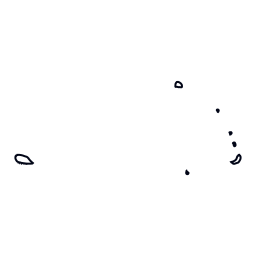 Sapwuafik, Federated States of Micronesia (Mercator projection)
{"feature_id": "79324940B43236606250005", "entity_name": "Sapwuafik", "entity_type": "district", "adm_level": 2, "iso_a3": "FSM", "parent_name": "Federated States of Micronesia", "parent_adm1": "", "projection": "mercator", "projection_center": [157.28, 5.815], "detail": "fine", "context": "isolated", "style": "outline", "palette": "ink", "viewbox_px": 256, "rotation_deg": 0, "n_neighbors": 0, "source": "geoboundaries", "source_scale": "gbopen_adm2", "svg_char_len": 2550}
<svg xmlns="http://www.w3.org/2000/svg" viewBox="0 0 256 256"><path d="M21.1,155.1L18.9,154.8L18.3,154.9L17.7,155.0L17.4,154.9L17.3,155.1L16.5,155.4L16.3,155.4L15.7,156.1L15.9,156.3L15.4,157.2L15.4,158.2L15.6,159.0L16.2,160.2L16.9,161.2L17.5,161.7L18.4,162.1L19.2,162.3L19.1,162.5L19.3,162.5L19.4,162.4L19.8,162.4L19.9,162.7L20.1,162.5L21.9,163.0L21.9,163.3L22.1,163.2L22.3,163.0L23.3,163.2L23.8,163.6L24.1,163.6L24.2,163.3L26.4,163.6L26.4,163.9L26.7,163.9L26.9,163.6L28.4,163.7L30.5,163.7L32.4,163.5L32.9,163.0L32.8,162.9L32.5,162.8L32.0,162.4L31.4,161.6L30.9,161.3L30.3,160.7L29.4,159.6L28.6,158.6L28.5,158.3L28.1,158.0L27.7,157.5L27.3,157.2L26.9,156.9L26.1,156.6L25.6,156.5L24.1,156.0L22.8,155.5L21.1,155.1ZM238.9,161.8L239.8,160.4L240.4,159.1L240.6,157.8L240.5,156.6L240.2,155.9L239.4,155.5L239.4,155.4L239.4,155.2L239.3,154.8L239.0,154.8L238.5,155.1L238.5,155.3L238.8,155.5L238.2,155.7L237.6,156.1L237.3,156.4L237.0,157.3L236.6,158.4L236.2,159.3L235.3,160.3L233.9,161.1L232.7,161.8L232.4,161.7L231.9,162.0L231.4,161.9L231.1,162.0L231.4,162.4L232.6,163.1L233.2,163.7L234.2,163.8L234.4,163.8L238.3,162.5L238.9,161.8ZM181.9,86.9L182.0,86.2L181.8,84.9L181.5,84.3L180.7,83.3L179.4,82.4L178.0,81.9L176.8,82.0L176.1,82.8L175.6,83.7L175.4,85.0L175.4,85.8L175.4,86.6L175.8,86.9L176.3,86.8L177.0,86.8L178.7,87.2L179.7,87.1L181.1,87.3L181.6,87.2L181.9,86.9ZM234.9,146.1L235.1,146.0L235.4,145.6L235.5,145.4L235.5,145.0L235.5,144.7L235.5,144.4L235.4,143.9L235.1,143.6L234.9,142.8L234.7,142.6L234.4,142.5L233.8,142.5L233.5,142.7L233.1,142.9L233.0,143.2L233.3,143.5L233.5,144.0L233.6,144.8L233.7,145.0L233.8,145.3L234.0,145.6L234.2,146.1L234.3,146.2L234.5,146.2L234.8,146.1L234.9,146.1ZM187.6,174.1L188.0,174.0L188.3,173.6L188.5,173.1L188.5,172.9L188.3,172.7L187.9,172.3L187.6,172.1L187.1,171.7L186.6,171.3L186.5,171.0L186.4,171.1L186.4,171.4L186.5,171.6L186.4,172.0L186.2,172.5L186.2,173.0L186.3,173.5L186.6,173.9L187.0,174.1L187.6,174.1ZM231.4,132.5L231.3,132.4L231.1,132.2L230.8,132.2L230.5,132.2L230.2,132.4L229.9,132.3L229.6,132.3L229.5,132.5L229.8,132.9L229.8,133.1L229.9,133.5L230.0,133.9L230.2,134.2L230.2,134.4L230.2,134.5L230.3,134.5L230.6,134.4L230.7,134.2L230.8,134.1L231.0,134.0L231.2,133.8L231.2,133.6L231.3,133.6L231.5,133.4L231.5,133.2L231.6,132.9L231.4,132.5ZM218.0,112.0L218.1,111.9L218.4,111.6L218.5,111.1L218.7,110.6L218.6,110.2L218.5,109.9L218.2,109.7L217.8,109.5L217.6,109.6L217.2,109.8L216.9,109.8L216.8,110.1L216.9,110.4L217.2,110.8L217.4,111.0L217.7,111.8L217.8,111.9L218.0,112.0Z" fill="none" stroke="#020617" stroke-width="2"/></svg>